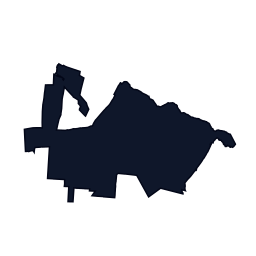 the district of Odobesti, Vrancea, Romania, rotated 173°
{"feature_id": "2599482B34308784791861", "entity_name": "Odobesti", "entity_type": "district", "adm_level": 2, "iso_a3": "ROU", "parent_name": "Romania", "parent_adm1": "Vrancea", "projection": "mercator", "projection_center": [27.113, 45.751], "detail": "fine", "context": "isolated", "style": "filled", "palette": "ink", "viewbox_px": 256, "rotation_deg": 173, "n_neighbors": 0, "source": "geoboundaries", "source_scale": "gbopen_adm2", "svg_char_len": 5710}
<svg xmlns="http://www.w3.org/2000/svg" viewBox="0 0 256 256"><g transform="rotate(173 128 128)"><path d="M184.5,197.9L185.5,197.6L188.8,200.1L189.2,199.5L189.4,199.0L190.0,199.2L190.3,198.8L190.4,198.3L190.8,198.1L191.3,196.8L191.1,196.6L191.3,195.4L191.9,192.5L192.1,192.1L193.1,191.1L192.4,190.6L190.7,188.9L187.4,186.5L185.6,184.4L186.3,183.5L186.7,184.0L186.0,184.6L186.2,184.8L186.5,185.2L186.6,185.3L187.5,186.2L189.3,187.5L189.5,187.1L190.1,187.5L190.8,188.1L191.0,187.7L191.8,188.0L193.5,189.4L194.1,190.0L194.7,190.4L195.0,190.5L196.8,179.9L204.6,180.8L205.4,177.5L205.5,177.1L205.8,175.8L206.1,174.6L206.5,173.3L207.7,168.0L208.2,166.2L209.6,161.6L210.9,155.1L212.5,144.0L212.8,141.0L213.1,138.5L213.8,138.6L214.4,138.8L214.9,138.9L220.7,139.6L222.4,139.7L223.7,139.7L231.0,139.3L232.6,117.3L232.4,117.3L232.1,117.1L230.8,117.2L229.4,116.7L229.2,116.7L228.3,117.0L226.6,117.2L225.0,117.0L224.7,116.8L224.1,115.4L223.3,118.8L223.1,119.3L222.6,119.7L222.5,120.0L222.4,120.0L217.3,119.7L216.3,119.8L215.5,119.6L208.2,119.0L214.0,87.7L209.0,86.8L208.4,86.6L197.4,84.6L197.1,84.4L197.1,84.0L197.4,83.2L197.6,80.9L197.9,79.3L198.2,78.3L198.3,77.8L193.9,77.1L196.5,62.2L191.6,61.5L189.0,75.2L186.6,74.6L183.4,74.1L183.0,73.9L182.3,73.9L180.4,73.5L179.0,73.3L178.6,73.1L173.5,72.3L173.9,70.3L168.2,69.3L172.0,65.2L166.5,64.0L160.5,62.9L160.5,62.7L149.7,60.5L149.1,63.0L148.7,65.5L148.4,66.9L147.9,69.7L147.5,71.3L147.4,72.2L147.3,73.6L147.2,74.0L146.8,75.5L146.5,76.2L146.3,77.3L145.0,83.2L143.4,84.2L136.5,82.7L136.2,82.7L125.1,80.0L115.9,57.1L114.0,58.2L103.0,64.3L100.4,63.3L81.5,55.9L81.4,56.4L81.4,56.7L81.5,57.0L82.1,57.7L82.0,60.2L78.7,58.8L78.9,59.5L78.9,61.1L78.8,61.9L78.4,63.1L78.3,64.6L78.3,66.7L78.1,66.8L75.1,69.7L73.6,70.9L71.7,72.5L66.4,77.9L66.0,78.0L65.7,77.6L65.4,77.8L65.2,78.2L65.2,78.3L65.2,78.8L64.9,79.3L65.1,79.4L63.4,81.2L63.2,81.3L59.3,85.5L58.6,86.3L57.4,87.9L57.2,88.1L56.0,89.2L55.1,90.5L54.3,91.4L52.7,93.7L52.2,94.3L51.8,94.6L50.7,96.4L50.3,97.0L49.7,98.0L48.4,100.1L48.4,100.6L48.2,101.2L48.3,101.6L47.5,101.4L47.1,103.3L45.5,102.8L44.8,104.4L43.6,105.4L43.2,105.6L43.0,106.0L41.4,107.2L41.1,107.1L40.9,107.2L40.6,107.2L40.0,106.9L39.7,106.4L39.1,105.9L39.2,105.7L39.4,105.5L39.4,105.4L39.3,105.2L38.6,104.8L38.1,104.6L37.6,104.6L37.0,104.4L36.5,103.2L35.7,102.4L35.6,102.0L35.0,101.3L35.3,100.7L34.8,99.8L33.8,99.1L33.9,98.8L33.8,98.7L33.8,98.0L33.7,97.8L32.2,97.7L31.6,98.4L31.4,98.6L30.7,98.1L30.3,97.8L29.1,97.4L29.2,96.7L28.9,96.5L28.6,96.4L28.4,96.5L28.0,96.9L27.8,96.9L26.8,96.1L25.9,96.4L25.1,97.0L24.3,97.8L23.9,98.3L23.4,98.7L23.4,99.0L27.2,109.2L27.5,109.5L28.0,109.5L28.9,110.1L29.1,110.1L29.7,110.7L30.2,110.9L30.5,111.2L30.7,111.8L31.1,111.9L31.2,112.0L31.6,112.1L32.7,113.0L33.3,113.1L34.3,113.5L34.9,113.6L35.2,113.8L37.0,114.2L38.6,115.0L38.8,115.0L39.5,114.9L40.4,114.8L40.8,114.6L41.2,114.1L41.4,114.0L41.7,114.0L42.4,114.3L43.2,115.0L43.6,115.7L43.8,116.2L44.0,117.0L44.8,117.4L45.3,117.8L45.4,118.0L45.4,118.6L45.5,119.1L45.7,119.5L46.0,119.9L46.6,122.0L47.1,122.7L47.1,122.8L47.5,123.1L47.8,123.3L48.4,123.5L48.6,123.6L48.9,124.2L49.2,124.6L49.6,124.6L50.4,125.1L50.9,125.3L51.6,125.7L52.0,125.7L52.2,125.8L52.3,125.5L52.6,125.6L53.9,126.7L55.2,127.3L55.6,127.6L55.9,128.1L56.1,128.1L56.7,128.6L57.9,128.9L58.3,128.8L59.0,129.0L59.5,129.4L59.9,129.5L60.3,129.5L60.8,129.7L62.2,130.6L63.2,131.0L63.9,131.1L64.2,131.3L64.6,131.4L64.9,132.0L66.0,132.9L67.0,134.0L68.1,134.3L68.4,134.5L69.6,135.6L70.6,136.3L71.0,136.4L72.6,136.3L73.3,136.4L73.9,137.3L74.2,137.9L74.4,138.7L74.6,139.3L75.3,140.1L75.8,141.0L76.0,141.7L76.4,142.1L76.5,142.3L76.5,144.2L76.7,144.5L77.1,144.8L77.3,145.2L77.5,145.3L78.6,145.7L79.0,146.6L79.4,146.9L80.0,147.3L81.1,147.7L81.4,147.6L81.6,147.5L81.9,147.5L82.6,147.7L83.3,147.6L84.1,147.7L84.6,148.0L85.1,148.1L85.9,147.8L86.8,147.1L87.7,146.9L88.1,146.7L89.4,146.4L89.9,145.9L90.1,145.8L91.1,145.8L91.8,145.3L92.3,145.2L92.7,145.1L93.6,145.0L95.1,145.9L96.5,145.9L97.8,148.6L98.6,150.0L99.1,151.0L99.8,152.5L101.4,153.6L101.8,153.8L102.3,153.8L102.5,154.0L102.8,154.4L103.2,155.5L103.4,156.6L103.5,157.0L103.9,157.0L104.2,157.0L104.8,157.6L105.4,158.3L108.9,160.5L109.6,160.7L109.8,161.3L110.8,162.3L114.1,164.7L116.0,165.3L117.3,165.5L117.8,165.7L118.3,166.1L118.7,166.5L119.2,166.9L119.5,167.5L120.6,168.1L120.8,168.4L121.0,170.1L121.0,170.6L121.4,171.1L122.0,171.8L122.4,172.5L122.7,172.6L123.1,173.5L123.7,174.0L124.1,174.1L124.8,174.3L126.2,174.4L128.7,172.5L128.8,172.9L129.8,173.7L130.0,173.8L132.3,170.9L132.4,171.0L137.6,163.3L137.8,163.0L136.8,162.2L138.2,160.1L139.2,158.6L140.1,157.7L142.5,154.6L143.1,153.9L144.0,153.0L145.1,152.1L147.5,150.3L147.9,149.8L149.9,148.2L153.7,144.8L157.8,141.0L158.7,140.2L158.8,140.1L159.2,139.9L161.6,136.8L163.0,134.4L163.3,134.3L164.2,134.5L164.5,134.5L167.4,133.6L168.1,133.5L170.6,133.5L173.4,133.7L174.0,133.6L174.9,133.8L176.1,133.8L177.9,133.6L180.1,133.6L181.1,133.7L182.0,133.9L183.0,133.8L183.3,133.7L184.0,133.5L184.8,133.5L185.4,133.3L187.7,133.3L188.2,133.5L188.8,133.5L189.8,133.3L190.7,133.3L199.2,134.7L197.6,139.4L195.4,145.3L193.0,149.3L192.9,150.3L191.5,155.4L189.9,164.5L189.0,167.5L188.2,169.7L187.1,173.5L186.6,174.8L186.2,176.5L180.4,168.5L178.8,166.3L178.5,165.9L178.5,165.5L175.7,163.3L174.2,162.0L174.2,161.9L173.7,161.4L174.1,160.1L174.1,159.1L174.3,158.3L172.3,155.4L172.7,155.0L172.6,154.7L173.8,152.8L173.8,152.4L174.0,151.9L169.2,145.5L168.7,145.0L164.7,151.4L165.8,154.9L165.9,155.4L166.2,157.3L166.3,157.8L166.4,158.1L168.6,161.5L172.0,166.6L171.7,167.0L169.7,172.9L169.1,174.3L168.7,175.4L165.7,183.0L169.8,186.1L168.7,189.9L181.0,195.8L182.6,196.7L183.9,197.6L184.5,197.8L184.5,197.9Z" fill="#0f172a" stroke="#020617" stroke-width="1.5"/></g></svg>